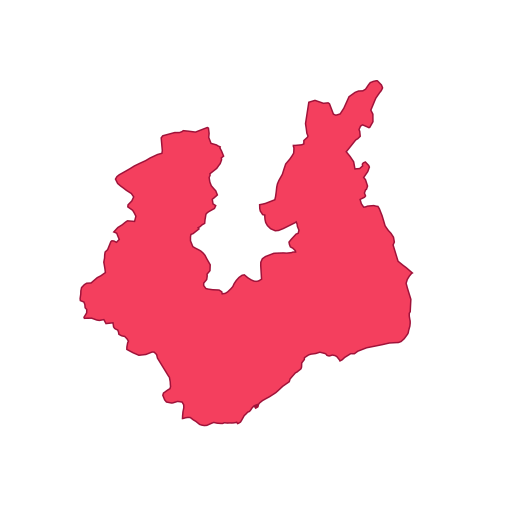 the district of Minuf, Al Minufiyah, Egypt, rotated 247°
{"feature_id": "37247803B35886288843325", "entity_name": "Minuf", "entity_type": "district", "adm_level": 2, "iso_a3": "EGY", "parent_name": "Egypt", "parent_adm1": "Al Minufiyah", "projection": "robinson", "projection_center": [30.914, 30.46], "detail": "fine", "context": "isolated", "style": "filled", "palette": "rose", "viewbox_px": 512, "rotation_deg": 247, "n_neighbors": 0, "source": "geoboundaries", "source_scale": "gbopen_adm2", "svg_char_len": 6118}
<svg xmlns="http://www.w3.org/2000/svg" viewBox="0 0 512 512"><g transform="rotate(247 256 256)"><path d="M343.2,333.6L342.1,333.2L340.8,333.2L338.6,332.2L336.8,331.3L335.9,330.8L334.2,328.5L332.1,325.2L329.1,319.3L324.8,315.5L320.9,312.2L316.6,306.6L314.0,303.9L311.3,302.0L307.0,299.6L303.0,297.2L300.4,295.3L300.7,285.3L301.2,282.2L301.8,279.4L298.2,278.0L295.6,277.5L293.8,277.9L291.5,278.3L290.2,280.1L289.2,279.6L286.2,278.6L283.0,278.0L279.5,278.4L275.4,280.1L271.7,283.6L270.7,286.8L270.6,291.8L271.4,305.0L271.7,306.3L269.3,306.3L267.1,305.7L263.0,305.6L260.4,303.7L260.5,301.5L257.6,295.0L255.9,291.8L253.6,291.3L251.0,291.2L248.7,293.0L245.5,294.3L244.2,294.0L245.2,291.5L245.2,290.2L245.7,288.4L246.7,285.2L248.1,282.5L250.5,276.2L251.5,273.5L251.8,264.5L251.0,260.8L248.4,258.0L245.3,256.6L234.3,252.7L232.5,252.1L232.1,249.4L232.1,248.0L232.6,246.2L233.6,244.4L235.9,242.2L239.1,240.0L243.2,237.9L243.7,235.6L242.9,232.0L241.2,228.3L239.1,225.1L236.9,222.7L235.6,220.0L234.0,215.8L233.6,213.1L234.4,210.1L236.4,210.5L239.1,208.7L241.9,202.9L244.3,198.9L245.7,197.1L249.3,196.3L251.5,197.3L253.6,201.4L256.7,203.3L258.4,203.8L259.3,205.6L260.5,207.9L265.8,210.4L272.6,209.6L276.6,209.3L279.3,208.5L282.0,207.2L283.8,205.9L287.0,203.2L289.3,201.5L295.5,201.6L299.1,203.1L301.3,204.5L301.2,206.8L303.2,214.1L304.6,213.7L304.9,216.0L305.8,218.7L306.1,221.5L309.6,223.4L310.1,223.8L314.0,226.2L314.9,228.1L315.3,229.9L316.0,236.3L318.1,238.6L318.7,238.2L320.8,236.8L325.3,237.9L326.5,242.0L327.3,244.3L331.8,244.4L334.0,243.6L338.1,242.3L342.1,242.4L346.5,243.5L348.3,245.3L349.7,245.7L352.0,254.1L353.7,256.8L355.0,259.1L358.0,261.9L359.8,262.4L360.6,265.2L366.0,265.3L369.6,265.0L370.4,265.7L371.8,264.4L372.3,263.9L373.6,263.1L377.3,258.6L383.6,258.8L387.1,260.7L392.3,262.2L393.3,261.4L393.6,252.3L393.7,248.7L395.6,245.5L397.4,242.4L399.8,238.0L399.4,236.6L399.5,233.9L400.6,231.2L401.4,229.4L402.7,220.1L403.1,217.2L401.8,214.9L389.5,210.9L387.9,209.9L387.3,209.5L387.9,205.0L387.6,196.8L386.9,191.8L386.7,185.0L386.4,179.1L385.6,174.1L384.9,168.2L384.2,161.8L383.4,159.0L381.7,156.7L376.8,157.0L373.2,158.8L370.4,160.5L367.3,162.2L365.4,163.5L363.5,164.8L362.2,165.7L359.2,166.3L358.2,166.5L355.2,163.2L353.1,158.2L351.3,157.2L346.3,160.3L343.7,160.7L339.6,161.0L336.9,159.0L335.3,157.7L338.6,151.4L338.2,149.2L337.0,145.1L336.2,140.0L335.4,138.2L333.7,134.5L331.4,136.7L327.9,136.6L324.7,136.6L323.1,132.9L325.3,131.1L326.3,129.3L325.9,128.0L319.8,121.9L318.6,118.7L316.4,117.3L315.4,116.8L313.3,115.8L309.8,113.5L303.1,111.9L299.6,110.9L298.4,105.4L298.1,101.4L295.6,93.6L297.1,89.5L296.7,86.8L295.1,83.1L292.4,81.2L289.4,79.8L286.6,78.1L285.4,77.4L283.6,76.9L280.9,79.6L278.2,79.5L275.1,78.5L272.9,79.3L269.8,77.9L266.8,73.7L265.7,73.7L263.0,80.4L259.3,84.4L257.9,86.6L256.9,91.1L252.4,91.5L250.4,98.2L248.2,97.7L246.4,97.2L244.5,97.6L243.3,98.5L241.9,99.8L239.7,99.7L237.5,99.2L235.2,101.0L234.2,102.3L233.3,103.7L230.2,104.9L227.5,105.3L226.2,103.9L222.7,101.6L220.5,100.6L215.0,105.0L212.7,107.2L210.4,109.4L208.4,116.1L208.2,122.9L207.3,124.7L204.1,126.0L200.5,125.4L197.2,125.9L184.6,127.8L179.9,128.5L178.1,128.9L176.9,128.6L173.7,127.9L171.0,126.9L169.3,126.4L167.5,125.0L167.2,122.7L166.0,117.3L164.2,115.8L159.3,115.7L156.6,116.5L153.8,120.6L153.3,121.9L152.8,126.9L151.8,128.7L150.4,130.9L147.3,131.3L144.6,130.3L141.1,127.9L140.2,127.4L139.4,127.0L137.6,126.0L136.3,125.4L135.1,124.8L135.0,125.0L134.6,128.1L134.0,130.3L133.0,132.4L129.6,134.3L127.3,136.0L123.0,138.3L121.6,139.9L120.1,142.2L119.3,144.6L119.4,149.9L119.3,152.1L117.3,154.9L115.5,158.4L114.9,159.8L114.9,161.7L113.4,164.4L112.5,166.9L111.8,168.3L111.2,170.0L110.7,171.9L110.5,173.3L109.7,173.4L108.9,173.6L108.9,174.7L109.2,176.8L110.3,178.4L112.3,181.0L113.7,182.8L114.4,184.8L115.5,187.3L115.5,189.1L116.0,190.4L117.8,193.2L118.8,195.7L118.8,199.2L118.2,199.2L117.7,198.0L117.3,196.0L116.1,196.2L116.2,197.4L116.4,198.7L117.0,199.3L118.3,200.2L119.3,201.7L120.4,205.6L120.8,209.2L121.2,213.5L122.5,220.9L124.2,225.8L125.6,229.5L127.3,237.5L129.5,239.3L131.0,242.3L133.1,246.7L133.1,248.1L134.6,253.3L135.9,254.5L139.7,256.3L141.8,260.0L143.5,260.9L144.4,265.8L144.2,268.2L142.9,272.9L142.5,277.2L140.6,279.7L139.3,281.4L138.0,282.3L137.0,282.4L135.9,283.5L135.3,284.6L135.0,287.6L133.4,289.9L131.8,291.1L127.9,292.2L126.6,292.3L126.8,294.8L128.0,298.0L129.1,305.0L127.6,308.4L128.6,312.6L128.3,322.0L126.4,331.1L125.1,337.5L123.8,344.8L121.8,350.4L120.7,353.3L120.6,356.1L120.7,356.4L121.9,360.0L123.3,362.4L124.8,364.9L125.7,366.0L127.9,367.5L131.3,370.2L134.0,371.7L136.0,372.5L137.6,372.8L140.8,373.6L143.4,374.7L144.5,376.2L155.6,381.6L167.2,382.8L172.2,383.5L175.3,386.1L177.6,389.3L179.2,392.4L179.3,393.3L180.9,392.5L186.2,389.9L190.7,387.3L195.7,384.7L201.4,385.3L212.6,386.5L214.8,388.8L219.6,389.9L224.1,389.1L227.7,387.8L231.3,387.0L233.5,386.6L234.2,386.7L238.4,387.2L243.8,387.8L247.8,387.9L251.3,388.0L254.0,387.6L255.0,385.9L256.4,384.1L257.3,381.4L258.3,378.2L258.4,376.0L258.9,374.2L262.9,373.4L264.0,373.5L267.4,373.9L267.7,378.9L268.5,380.3L271.6,380.4L274.2,382.8L274.2,383.7L276.8,386.0L283.5,386.6L286.2,385.8L290.0,391.8L290.5,392.3L292.8,394.4L293.5,395.1L295.3,395.1L299.0,393.7L299.8,393.4L299.8,391.2L299.0,389.8L297.2,389.3L296.9,388.3L296.0,385.6L297.0,382.6L297.5,381.1L299.7,381.6L302.8,382.3L304.6,382.7L310.8,381.5L314.0,380.6L316.7,379.8L318.6,383.4L320.6,387.1L323.9,393.2L324.2,395.5L325.5,398.7L330.3,400.2L332.1,400.2L333.9,402.1L334.7,403.0L335.1,405.3L331.9,408.4L330.0,410.1L330.0,411.0L333.9,416.1L335.1,416.6L340.9,419.0L345.4,418.7L352.3,425.7L354.5,428.0L358.3,434.0L358.7,435.0L360.0,436.8L361.3,438.2L364.4,438.3L369.8,436.2L370.3,435.3L370.9,432.1L370.9,431.2L370.9,430.2L371.0,429.0L369.7,426.6L366.7,422.0L366.3,418.8L367.8,414.8L367.9,411.2L366.3,403.9L357.7,394.6L353.9,389.0L354.1,386.9L354.4,384.5L356.3,382.7L367.4,383.1L368.8,382.2L370.2,377.7L372.8,374.9L376.2,371.1L376.9,364.7L358.5,353.3L353.8,352.1L349.2,350.8L346.1,350.7L345.2,349.8L343.6,345.2L340.5,343.8L340.5,341.5L342.5,335.2L343.2,333.6Z" fill="#f43f5e" stroke="#9f1239" stroke-width="1.5"/></g></svg>